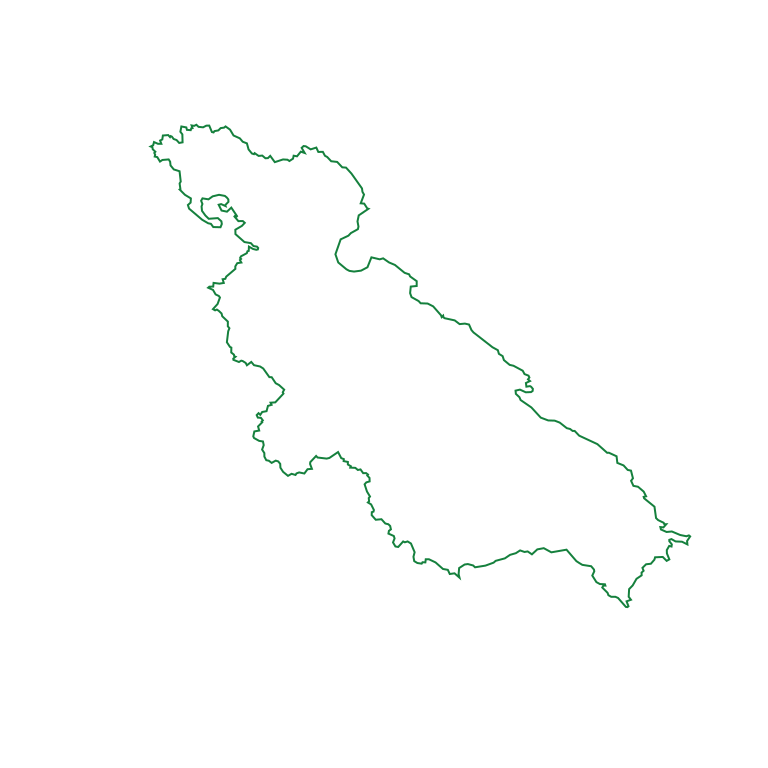 Ifanadiana, Vatovavy-Fitovinany, Madagascar, rotated 312°
{"feature_id": "10022922B31790128040616", "entity_name": "Ifanadiana", "entity_type": "district", "adm_level": 2, "iso_a3": "MDG", "parent_name": "Madagascar", "parent_adm1": "Vatovavy-Fitovinany", "projection": "natural_earth1", "projection_center": [47.619, -21.071], "detail": "fine", "context": "isolated", "style": "outline", "palette": "green", "viewbox_px": 768, "rotation_deg": 312, "n_neighbors": 0, "source": "geoboundaries", "source_scale": "gbopen_adm2", "svg_char_len": 6111}
<svg xmlns="http://www.w3.org/2000/svg" viewBox="0 0 768 768"><g transform="rotate(312 384 384)"><path d="M281.2,478.3L282.7,481.1L282.6,483.6L280.6,486.4L278.2,485.9L275.8,487.4L277.6,493.0L276.3,495.2L272.3,496.7L270.9,501.2L272.4,503.6L279.8,503.6L280.3,505.4L282.8,506.9L283.5,510.8L279.5,519.3L275.3,521.5L272.6,525.0L273.3,528.6L275.7,532.2L277.3,531.9L279.1,534.1L281.7,532.3L283.8,534.6L285.9,541.7L286.0,551.6L288.6,555.8L286.8,560.0L290.5,563.1L290.6,569.7L292.6,566.7L297.5,563.0L303.8,564.7L306.3,566.8L308.8,571.7L308.7,574.3L316.9,580.9L324.6,585.0L327.3,585.3L335.3,590.5L341.4,592.0L346.5,595.2L351.4,596.5L353.2,600.8L355.7,602.8L356.4,607.9L363.7,608.6L368.9,612.6L370.9,621.0L383.0,630.5L381.1,645.5L381.6,648.8L382.3,652.4L387.2,659.9L386.6,664.2L385.5,665.6L381.0,667.0L378.9,674.4L379.8,678.3L383.0,682.2L382.3,683.4L381.0,681.9L378.8,682.4L378.4,689.9L377.2,692.1L377.9,695.3L380.7,698.4L381.6,701.1L380.2,712.9L381.1,714.2L382.4,714.4L384.8,709.7L388.9,711.9L389.6,708.2L395.6,703.4L400.7,703.6L408.2,702.0L414.2,703.5L416.2,701.6L418.9,701.9L420.3,699.1L425.4,699.4L429.0,702.6L434.4,702.5L436.6,701.4L442.0,706.9L441.7,712.4L444.6,713.4L447.4,707.6L449.8,705.3L454.5,704.3L455.6,706.4L457.4,705.2L458.1,701.2L459.1,700.3L461.1,701.4L462.1,706.0L466.2,711.0L467.8,716.8L470.1,714.3L475.6,713.5L475.5,711.9L473.2,710.6L470.0,705.2L467.0,696.6L463.1,693.0L461.2,687.1L462.6,685.1L464.4,687.6L468.7,687.6L467.4,686.1L468.0,684.7L466.3,678.9L466.4,675.9L473.8,667.1L473.1,653.8L473.9,652.5L475.9,653.9L477.8,649.0L477.6,641.5L475.2,637.5L477.4,632.4L480.5,632.1L484.9,625.5L483.2,622.6L483.8,616.5L481.5,610.2L485.9,605.2L483.4,597.1L482.2,595.9L482.1,582.8L476.2,563.6L476.7,557.1L475.3,555.5L475.1,552.4L473.5,549.4L472.9,540.4L471.0,535.4L466.8,530.4L463.9,523.0L465.2,509.2L463.5,496.2L464.8,493.5L464.9,488.6L467.1,486.2L470.8,488.8L472.7,494.9L476.4,498.7L478.3,499.1L480.0,497.9L480.4,495.2L480.1,493.9L477.3,491.6L479.7,488.8L483.9,490.5L483.8,487.9L486.1,487.7L486.9,485.8L485.4,481.8L486.7,478.2L484.2,468.0L482.3,464.6L482.0,457.1L484.1,453.5L483.3,449.2L485.3,446.0L483.9,440.0L482.2,416.0L482.6,412.9L485.1,407.4L483.0,403.7L479.1,400.1L478.6,394.0L473.5,385.1L473.3,383.7L474.4,382.2L472.3,382.1L473.2,380.4L474.6,368.6L473.0,362.6L468.5,357.2L468.8,354.3L467.0,346.3L469.0,342.6L474.3,338.7L478.7,342.7L482.3,339.5L481.4,331.4L482.3,329.3L480.4,324.9L479.8,312.5L477.7,306.4L476.8,299.3L473.8,297.4L469.7,289.9L459.7,293.6L452.9,291.1L447.5,286.5L444.9,282.6L444.1,279.3L443.7,268.7L447.9,261.1L462.5,255.0L470.4,258.3L474.0,258.4L481.6,261.0L483.9,259.7L487.1,255.5L492.4,252.4L503.8,255.2L503.3,254.0L504.8,248.6L502.7,245.8L511.4,242.4L512.4,239.4L514.6,236.8L518.6,219.0L519.4,211.0L517.1,208.0L517.7,200.6L514.2,195.7L514.7,189.9L514.1,187.4L515.6,183.2L512.5,179.9L514.4,175.5L509.3,172.5L508.3,166.8L507.0,165.0L504.4,164.8L502.6,170.5L501.0,166.7L495.0,167.0L493.2,164.1L490.6,165.6L486.4,164.5L486.1,162.2L483.3,158.7L475.8,154.4L477.4,146.8L474.2,146.6L472.4,144.8L472.3,140.7L469.6,138.2L469.0,133.4L467.8,133.6L466.9,131.6L467.7,126.4L471.1,121.1L469.5,116.9L470.1,112.5L468.0,105.9L470.0,99.4L469.4,93.9L467.5,93.6L464.9,91.4L461.6,91.2L458.5,88.8L456.9,89.0L456.1,87.5L459.1,81.2L457.1,79.1L453.7,77.8L451.0,74.1L451.1,71.1L448.8,70.2L447.4,68.0L446.0,70.5L445.0,69.7L443.3,70.5L441.0,67.5L442.4,65.4L439.8,61.1L435.2,63.9L434.6,67.1L428.8,72.6L426.1,70.5L426.5,66.6L425.3,63.7L425.9,60.9L425.5,59.6L424.3,59.8L424.6,57.1L420.7,53.4L417.4,55.6L415.1,54.7L413.5,57.8L411.3,55.4L409.9,51.2L407.0,52.7L404.4,51.7L405.0,53.4L403.7,55.1L403.6,58.7L402.0,58.7L401.3,60.5L399.6,61.4L400.9,63.7L399.4,68.7L402.2,69.4L406.8,73.7L406.1,76.3L403.6,79.1L402.8,84.2L405.3,89.7L398.4,97.5L396.3,97.9L392.6,102.3L391.8,102.0L391.4,109.5L392.7,116.3L389.4,118.9L385.8,118.5L383.9,121.8L384.4,139.0L385.8,145.8L387.2,148.2L386.4,152.1L391.1,157.6L394.4,156.4L396.1,154.3L396.1,149.5L389.5,143.2L389.7,138.5L390.9,132.9L393.9,129.6L396.3,128.6L397.8,125.5L400.5,124.9L403.8,130.0L408.8,131.1L414.2,134.8L417.3,139.9L417.4,142.5L417.0,144.8L415.3,146.5L410.7,146.3L410.2,147.2L408.7,142.6L406.6,141.2L404.2,147.2L407.0,152.0L412.9,152.5L410.2,163.2L409.6,160.8L408.4,160.8L407.6,166.8L410.6,170.0L410.6,172.7L406.4,172.6L399.2,170.3L396.0,173.3L396.1,185.3L399.6,190.8L399.2,194.7L401.1,197.7L400.9,199.5L399.6,200.2L398.3,199.3L396.7,196.3L395.7,191.7L392.4,194.4L391.3,193.7L389.4,194.5L383.2,192.3L381.4,192.7L381.3,194.1L379.7,194.0L378.8,196.7L375.6,194.1L371.9,194.8L370.1,196.5L358.2,194.9L356.0,195.7L353.9,194.0L351.9,197.3L348.5,194.6L345.1,189.7L342.1,191.9L339.5,189.1L337.9,188.9L339.5,194.0L337.9,198.9L338.9,202.4L338.5,204.2L332.1,206.8L325.2,206.8L325.7,209.2L327.5,210.0L327.8,212.3L327.7,216.1L326.1,218.5L325.9,226.2L322.4,229.3L322.0,231.8L319.0,232.9L309.9,239.3L308.5,244.7L308.9,246.2L305.2,249.4L305.4,252.8L304.4,254.1L304.9,255.4L302.0,255.0L301.2,255.9L303.3,261.5L305.8,262.3L306.5,263.6L307.1,267.1L306.2,269.6L311.6,270.6L311.0,274.8L314.1,280.2L314.7,283.9L312.4,294.2L313.9,296.0L312.1,303.0L313.0,306.7L313.0,313.6L310.1,314.3L309.6,315.7L297.6,315.5L294.2,312.2L293.3,314.4L290.1,312.4L285.2,314.9L281.7,312.2L278.3,312.7L278.4,310.3L275.7,310.2L274.6,312.7L276.5,315.2L275.9,318.3L274.3,318.2L274.1,319.1L268.2,318.8L265.9,322.4L262.0,319.4L257.6,321.9L256.9,323.6L258.2,329.3L260.3,332.5L258.1,335.5L253.7,337.3L252.6,341.3L250.0,343.7L248.6,347.5L249.9,349.7L250.2,353.3L254.6,354.8L255.7,357.2L255.2,360.3L252.5,363.0L251.2,367.8L251.5,374.1L255.4,375.4L257.2,379.1L259.0,378.8L261.5,380.1L264.2,384.7L269.5,384.2L272.7,387.2L275.1,382.6L276.6,381.5L285.1,381.7L284.9,383.8L290.2,391.3L292.5,392.9L302.7,395.4L300.3,401.8L301.3,404.4L299.7,405.6L301.9,409.3L300.0,411.0L300.7,414.4L299.3,414.9L302.5,418.8L302.6,422.1L304.8,423.7L303.8,428.2L305.8,430.3L306.0,432.7L304.8,432.8L304.5,436.1L302.0,438.5L299.1,436.7L296.5,436.7L292.7,443.3L291.0,448.9L289.0,449.0L286.9,451.4L285.2,451.3L285.9,455.0L283.6,460.8L282.1,461.6L280.6,460.7L278.3,462.6L277.6,468.7L281.8,472.6L281.2,478.3Z" fill="none" stroke="#15803d" stroke-width="2"/></g></svg>